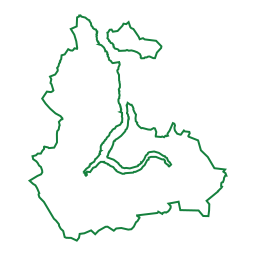 Stranda nor, Møre og Romsdal, Norway (Albers equal-area conic projection)
{"feature_id": "86288312B75373979576065", "entity_name": "Stranda nor", "entity_type": "district", "adm_level": 2, "iso_a3": "NOR", "parent_name": "Norway", "parent_adm1": "Møre og Romsdal", "projection": "albers", "projection_center": [7.009, 62.168], "detail": "fine", "context": "isolated", "style": "outline", "palette": "green", "viewbox_px": 256, "rotation_deg": 0, "n_neighbors": 0, "source": "geoboundaries", "source_scale": "gbopen_adm2", "svg_char_len": 5801}
<svg xmlns="http://www.w3.org/2000/svg" viewBox="0 0 256 256"><path d="M127.7,102.9L127.6,103.5L126.9,104.6L127.0,105.8L126.7,105.8L127.1,107.8L127.4,111.5L127.0,112.6L127.0,113.4L127.9,114.4L128.2,116.4L128.7,116.9L128.8,118.3L128.5,118.3L128.6,119.6L128.2,119.9L127.8,125.7L127.3,127.5L126.6,129.1L125.6,129.8L125.2,131.3L121.2,135.8L117.5,138.6L115.5,139.7L115.0,140.8L114.3,140.8L113.6,141.8L113.1,144.5L111.3,148.8L111.0,148.8L109.1,152.3L108.9,152.1L108.3,153.7L108.0,155.4L107.2,156.4L107.5,157.5L113.7,159.7L118.5,163.3L118.5,163.7L120.3,165.8L121.0,166.0L122.0,167.5L124.7,168.2L126.0,167.9L129.8,168.4L137.9,166.1L138.4,164.9L139.4,164.7L141.2,163.0L141.2,162.6L141.5,162.8L141.6,162.2L142.3,161.9L144.2,159.3L145.8,155.6L147.6,154.1L148.0,153.0L149.2,152.2L154.1,151.5L158.9,152.9L163.0,155.7L165.1,156.4L165.4,157.3L166.9,157.9L168.1,160.9L169.8,162.4L171.1,164.6L169.2,166.4L168.7,166.3L167.8,164.6L167.0,164.4L165.0,162.6L164.8,161.7L165.1,161.3L164.8,160.4L163.6,159.3L162.1,159.4L156.0,156.9L150.9,156.9L148.7,157.7L148.6,159.6L147.2,160.2L144.6,165.2L142.9,166.6L141.4,168.8L139.9,169.8L135.4,171.9L133.9,171.9L133.2,172.6L125.0,173.2L124.5,173.7L122.5,173.8L117.5,171.7L116.1,170.6L116.1,170.1L115.1,169.5L113.3,167.1L110.3,165.9L109.0,164.7L108.0,164.5L108.0,164.0L103.4,162.2L103.6,161.9L100.7,161.9L98.8,163.3L95.7,166.9L93.1,167.8L90.1,172.1L87.0,171.7L86.5,172.8L86.9,174.9L86.0,175.7L85.3,174.9L85.8,174.5L85.6,174.1L85.7,173.7L84.5,173.0L84.9,172.8L84.7,172.1L84.0,171.6L86.3,168.8L89.6,166.5L89.5,165.4L91.1,163.9L90.8,163.7L94.2,161.7L95.4,158.9L96.2,158.6L99.1,155.3L99.5,153.9L99.8,153.9L99.6,153.5L99.9,153.4L100.2,151.5L100.8,151.0L100.3,151.0L100.8,150.0L100.7,146.7L101.2,145.1L101.7,144.8L102.5,143.2L103.4,142.9L103.5,142.2L104.9,140.6L105.1,139.9L106.1,139.3L107.0,137.4L108.7,136.0L109.2,135.3L109.9,133.0L111.5,131.5L112.3,130.1L113.5,129.0L114.8,128.6L116.1,126.5L120.2,124.7L121.2,123.1L121.4,122.4L122.1,122.2L122.3,118.1L121.8,116.3L122.1,115.4L122.0,112.7L120.3,112.0L121.0,111.8L120.9,110.0L120.9,109.3L121.2,109.3L121.1,108.6L120.5,107.3L120.3,106.4L120.5,106.4L119.9,104.4L119.0,103.4L118.5,101.6L118.4,99.7L118.8,98.6L119.3,98.2L119.2,97.0L119.6,95.7L119.5,94.3L119.1,93.1L119.4,91.5L119.1,91.5L118.8,89.3L119.9,87.3L119.9,84.3L119.5,82.6L119.5,81.5L119.1,80.6L119.0,74.9L117.5,71.9L117.3,70.3L118.3,69.2L118.5,67.2L119.7,64.7L119.4,62.8L119.0,62.7L119.0,62.1L112.8,63.1L112.1,62.7L110.7,60.8L109.2,60.0L108.8,58.8L108.9,57.9L107.6,56.0L108.0,54.8L107.5,53.9L107.2,53.9L107.3,52.6L106.4,51.3L105.3,51.3L105.0,49.6L103.9,47.5L101.4,45.2L99.2,44.5L99.6,44.4L99.0,44.0L98.8,42.9L98.5,42.9L98.2,41.7L97.8,41.8L97.3,40.9L96.8,39.4L96.9,38.1L96.4,36.2L96.9,35.6L96.4,34.5L97.0,33.8L97.2,32.6L96.8,32.7L97.0,31.4L96.7,31.4L96.0,29.6L94.3,29.1L92.9,28.0L92.6,27.0L91.3,25.6L90.9,23.1L89.4,20.9L89.4,20.3L87.5,19.4L85.4,17.6L81.4,16.6L80.5,15.4L79.2,15.5L79.1,16.5L77.1,17.4L76.7,26.4L70.8,29.0L74.3,34.7L76.3,41.4L77.2,48.1L77.0,48.8L74.5,48.3L73.2,50.0L72.3,50.6L70.5,50.4L68.2,49.2L64.7,54.4L61.6,55.3L61.2,59.1L60.0,61.0L60.3,61.2L60.0,62.5L59.1,63.5L58.5,66.2L57.1,68.0L57.7,69.1L57.7,70.8L55.2,74.5L50.0,76.6L51.3,79.2L50.5,83.0L51.5,84.2L53.4,90.4L52.7,91.2L50.9,92.1L46.9,91.6L42.2,98.6L45.6,103.6L50.1,108.6L55.5,113.4L60.5,116.1L62.4,118.3L62.4,119.2L61.2,119.5L58.9,121.9L59.7,125.3L59.2,126.3L58.7,129.5L57.2,131.2L56.9,134.1L57.0,142.4L54.2,147.6L48.9,148.1L48.0,147.4L44.3,146.6L44.0,146.9L44.1,148.9L42.5,150.6L40.8,153.6L37.7,153.6L36.0,155.3L32.5,156.2L33.2,159.2L36.3,161.3L37.7,163.0L39.1,165.6L40.9,166.9L42.1,170.3L42.3,172.3L41.1,174.3L37.5,175.9L29.6,180.7L33.1,183.9L35.4,185.3L37.1,188.2L39.3,193.3L38.6,194.2L38.6,194.8L39.4,197.3L43.9,201.9L53.9,218.7L56.0,220.6L58.9,224.2L59.1,225.8L60.7,228.7L63.2,231.0L64.7,237.1L66.3,237.8L71.1,237.9L76.8,240.6L79.0,237.8L79.7,233.9L84.3,233.3L91.1,230.4L95.2,234.2L98.6,230.7L105.5,226.8L107.6,226.7L113.8,230.7L116.2,228.5L121.3,228.0L128.3,229.6L131.4,229.2L133.8,226.7L136.0,222.2L137.4,221.2L139.5,217.8L139.5,217.4L137.2,216.0L137.1,215.4L157.1,213.0L158.1,212.4L158.3,211.7L162.3,213.9L162.9,212.9L165.0,212.2L166.1,212.6L168.2,211.4L169.6,209.7L170.6,207.9L170.7,206.1L168.5,203.6L177.1,202.0L178.6,201.7L180.3,210.1L198.6,210.5L203.2,216.0L208.4,216.1L209.1,210.4L209.3,204.2L206.6,200.8L218.1,191.4L218.0,191.1L221.4,187.8L222.1,186.7L221.1,186.1L221.3,183.1L221.7,182.5L222.9,182.2L223.9,179.6L224.0,178.0L225.2,175.7L226.4,175.7L225.5,173.2L223.4,171.7L225.1,169.5L214.4,168.2L207.8,157.0L200.9,150.3L198.1,140.4L188.7,136.7L188.3,136.1L189.7,133.3L189.3,131.9L184.8,131.4L183.9,130.5L181.4,133.8L181.2,134.4L180.4,134.7L177.2,133.7L175.0,130.7L174.5,128.8L174.5,127.2L175.0,125.5L174.3,123.7L172.9,123.1L169.7,130.5L167.7,133.4L167.4,134.6L168.0,135.7L166.2,136.2L165.4,135.8L164.1,137.2L162.2,136.5L161.1,137.0L155.8,136.5L155.7,135.9L156.3,132.0L154.9,128.4L153.6,128.1L150.8,129.7L148.2,129.5L142.5,128.0L141.3,128.2L139.0,126.3L137.4,124.4L137.0,123.3L137.2,122.6L135.8,121.3L135.5,118.3L136.0,114.5L135.1,113.4L133.9,110.9L133.3,109.4L133.5,108.6L132.9,107.0L131.6,104.8L130.6,104.9L127.7,102.9ZM161.4,46.3L156.1,40.8L144.7,39.4L143.0,38.2L139.7,39.2L138.7,36.8L133.4,29.0L131.2,28.1L130.3,27.1L128.6,22.1L126.3,24.1L123.5,23.7L122.5,25.7L117.6,31.0L112.9,31.7L111.6,29.6L109.7,29.8L108.0,32.5L107.4,32.7L107.7,34.3L107.8,36.7L107.4,38.2L108.7,39.6L109.1,41.0L109.7,41.1L110.7,42.9L112.3,43.3L113.4,44.8L113.2,45.0L113.5,45.8L113.5,46.5L113.8,46.5L114.2,47.7L115.0,48.6L117.2,49.1L118.4,49.7L119.0,50.9L125.5,50.6L127.0,50.0L128.8,50.7L131.4,50.4L134.2,51.1L137.3,52.3L139.9,54.1L140.8,56.1L140.7,57.6L141.3,58.3L144.2,58.2L145.0,57.4L146.7,57.4L148.1,56.6L149.6,56.5L153.2,58.1L155.0,58.1L156.9,52.6L161.1,48.0L161.4,46.3Z" fill="none" stroke="#15803d" stroke-width="2"/></svg>